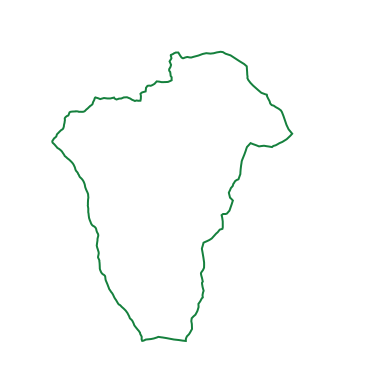 Goenkhame, Gasa, Bhutan, rotated 157°
{"feature_id": "84629894B91389840528768", "entity_name": "Goenkhame", "entity_type": "district", "adm_level": 2, "iso_a3": "BTN", "parent_name": "Bhutan", "parent_adm1": "Gasa", "projection": "equal_earth", "projection_center": [89.685, 27.795], "detail": "fine", "context": "isolated", "style": "outline", "palette": "green", "viewbox_px": 384, "rotation_deg": 157, "n_neighbors": 0, "source": "geoboundaries", "source_scale": "gbopen_adm2", "svg_char_len": 5772}
<svg xmlns="http://www.w3.org/2000/svg" viewBox="0 0 384 384"><g transform="rotate(157 192 192)"><path d="M296.0,74.4L294.6,74.1L292.1,74.2L287.3,72.7L284.4,72.1L281.1,71.8L279.6,71.8L277.0,70.2L276.1,69.7L272.6,67.5L266.3,63.3L262.0,60.9L258.6,58.8L255.9,57.3L254.9,59.4L253.1,61.1L250.4,62.2L248.8,63.3L245.5,65.9L243.7,70.6L243.1,73.4L241.6,75.9L239.3,76.9L236.8,77.7L233.7,80.2L232.8,81.2L230.9,83.5L229.8,86.5L227.2,88.1L224.5,90.3L223.3,90.7L222.6,93.0L221.1,95.2L219.9,96.5L219.4,100.3L218.6,103.7L218.1,104.7L217.1,105.3L216.4,108.9L216.1,111.4L215.7,113.3L215.1,114.2L213.8,115.0L212.3,115.9L210.5,117.6L209.4,120.0L208.4,122.4L207.2,126.9L205.9,132.3L205.1,135.9L204.5,136.7L203.0,138.5L201.2,140.8L199.6,140.9L197.4,140.9L195.3,141.0L194.3,141.1L192.6,141.4L192.0,141.5L186.0,144.3L184.1,144.9L181.2,146.5L178.4,146.2L177.5,147.4L175.2,152.9L174.2,156.7L173.8,159.1L172.0,159.6L169.7,158.6L168.3,158.5L164.8,160.2L160.1,165.4L157.7,168.2L158.7,170.9L159.2,171.9L158.4,176.9L157.8,177.5L156.2,178.9L154.7,180.4L152.2,181.6L150.6,183.5L149.9,183.8L148.2,185.1L147.1,185.4L146.0,185.6L144.9,185.5L144.2,185.6L142.0,188.0L140.5,189.6L139.8,191.1L138.4,193.8L137.2,195.9L136.4,197.3L135.2,199.2L134.2,200.9L133.3,201.9L131.7,203.5L129.1,206.1L126.5,208.9L124.8,210.9L123.7,212.0L122.5,212.5L120.3,213.5L119.0,214.1L117.3,212.4L114.7,210.0L112.5,207.8L111.4,207.5L110.6,207.3L109.2,206.9L108.1,206.6L107.4,206.3L105.9,205.3L103.6,203.9L100.8,202.1L99.1,202.6L96.7,202.3L94.6,202.5L92.4,202.8L89.3,202.8L84.2,203.6L79.6,205.3L77.0,206.5L78.6,212.0L78.8,216.9L78.5,220.8L78.1,226.5L78.0,230.5L78.3,232.4L79.7,234.8L81.8,237.5L83.0,239.5L84.7,240.9L85.4,242.9L85.1,245.2L85.4,248.3L85.5,250.9L85.1,251.9L85.2,252.5L85.9,252.9L89.4,256.2L91.2,259.8L94.2,266.1L95.5,269.5L96.4,273.0L96.5,275.2L95.8,276.5L95.3,278.4L94.3,281.1L93.8,282.6L92.5,286.3L94.0,289.4L97.2,293.9L103.1,302.7L107.1,306.2L108.9,308.7L110.9,309.9L114.6,310.8L118.0,311.3L121.0,312.2L124.6,314.2L128.3,314.9L132.8,315.1L137.6,315.8L140.2,316.1L141.6,316.8L143.5,318.1L144.5,318.3L146.0,318.5L147.6,318.5L148.3,318.8L149.1,319.9L149.6,322.2L150.1,325.7L152.3,326.7L154.5,326.7L155.0,326.5L156.6,326.4L157.9,326.4L158.3,325.8L158.4,324.3L158.7,323.1L159.3,322.6L161.6,321.0L161.6,319.3L161.6,317.2L163.0,315.5L165.0,314.0L165.5,312.9L165.5,311.9L165.2,311.0L165.6,309.4L166.3,307.2L165.9,305.6L167.1,302.8L168.7,302.7L171.0,302.7L172.2,303.1L175.1,304.2L177.2,305.1L179.2,306.5L181.3,307.6L184.3,306.2L186.7,305.9L188.5,305.9L189.9,306.7L191.5,307.1L193.6,305.9L194.3,304.6L195.4,302.7L198.4,303.1L199.6,303.1L201.1,302.5L201.3,301.1L201.6,300.1L202.8,297.6L203.8,296.2L205.9,297.0L207.2,297.9L209.0,298.1L209.5,298.7L211.2,300.4L212.3,302.1L214.8,304.6L217.8,305.7L220.6,305.7L222.8,306.5L224.0,306.5L225.4,306.7L226.8,308.4L226.9,309.4L230.6,310.0L233.4,311.2L236.3,312.9L240.2,313.4L241.8,315.0L244.0,316.8L244.7,316.5L245.2,316.0L245.6,315.4L246.0,315.0L246.8,314.3L247.7,313.6L248.6,312.6L249.0,312.0L249.6,311.6L250.4,311.3L251.3,311.1L252.4,310.9L252.8,310.6L253.4,310.5L254.8,309.9L256.0,309.5L257.1,309.2L258.7,308.5L259.4,308.3L260.5,308.3L261.0,308.5L261.8,308.7L263.0,309.3L264.9,310.1L265.6,310.8L266.5,311.2L267.3,311.7L267.9,311.7L268.8,312.1L270.0,312.5L270.5,312.7L271.8,313.1L272.7,313.3L273.7,313.1L274.4,312.3L275.0,311.7L275.5,311.2L275.9,310.8L276.4,310.7L277.0,310.8L277.5,310.8L278.1,310.6L278.6,310.5L279.2,310.3L280.3,309.6L280.6,308.9L280.8,308.0L281.1,307.5L281.8,306.4L282.3,305.5L282.7,305.0L283.5,303.9L284.0,303.1L284.5,302.1L285.1,301.6L285.5,301.0L286.0,300.6L287.2,300.2L288.2,300.1L288.8,299.9L290.1,299.4L291.3,298.9L292.1,298.5L292.9,298.3L293.6,297.9L294.1,297.5L294.9,296.5L295.3,296.1L296.1,295.8L297.0,295.5L297.9,295.3L298.7,294.8L299.2,294.4L300.4,293.7L301.0,292.8L301.0,291.7L300.1,289.7L299.7,288.5L299.4,287.5L299.1,286.7L298.9,285.9L298.7,285.2L298.2,284.5L297.8,284.0L297.3,283.2L296.9,282.4L296.5,281.7L296.3,281.1L295.9,280.2L295.7,278.8L295.5,277.9L295.3,276.9L295.1,275.6L295.1,274.9L294.3,273.4L294.0,272.8L293.6,271.8L292.4,269.7L291.3,267.1L290.8,265.7L290.5,264.6L290.3,263.3L290.2,260.6L290.3,259.6L290.5,258.4L290.5,257.2L290.3,256.3L289.9,255.2L289.7,254.3L289.7,252.9L289.5,251.9L289.5,250.6L289.4,249.6L288.5,247.6L288.0,246.0L287.9,245.3L287.7,244.2L287.7,242.3L287.8,240.8L288.1,239.5L288.4,238.1L288.5,236.0L288.5,234.5L288.4,232.5L288.5,230.6L289.1,228.9L289.6,227.3L290.1,226.5L290.7,225.5L292.1,222.6L292.8,220.9L293.2,220.3L293.9,217.4L294.8,215.3L295.4,213.9L295.7,212.4L296.2,210.9L296.9,208.3L297.1,205.9L297.1,204.0L297.2,202.3L296.9,200.7L296.4,199.6L295.7,198.8L294.9,197.3L294.7,196.5L294.7,195.4L295.0,193.8L295.1,192.5L295.1,191.6L294.9,190.5L295.0,189.5L295.2,188.7L295.9,187.6L296.5,186.9L297.4,185.6L297.9,184.4L299.5,181.8L300.0,180.9L300.5,180.2L300.8,179.0L301.0,177.8L301.1,176.2L301.3,174.7L301.4,173.4L301.8,172.0L302.7,170.6L303.6,169.4L304.1,168.3L304.0,167.2L304.0,166.6L304.0,165.2L304.4,164.3L304.7,163.1L305.3,161.4L306.2,159.0L306.8,157.5L307.0,156.3L307.0,153.6L306.7,152.2L306.2,151.1L305.5,150.2L305.1,149.4L304.9,148.7L305.0,147.8L305.3,146.9L305.7,145.5L305.9,144.4L305.9,143.2L305.9,141.7L305.9,139.7L306.0,138.2L306.0,136.9L306.1,135.6L306.1,134.8L305.8,133.5L305.5,131.6L305.0,130.0L304.8,128.3L304.7,125.3L304.5,123.8L304.3,123.0L304.1,122.0L304.0,121.1L303.8,119.6L303.6,118.0L303.2,116.9L302.7,116.4L302.2,115.5L301.6,113.8L300.4,111.3L299.4,108.8L298.7,105.8L298.6,104.4L298.4,101.8L298.5,101.1L298.5,99.9L298.1,99.1L297.7,98.2L297.4,97.4L297.2,96.3L297.1,93.9L297.2,91.7L296.8,90.2L296.6,89.4L296.2,88.0L295.6,85.9L295.3,85.2L295.1,84.0L294.8,82.9L295.1,81.7L295.1,81.0L295.0,80.3L294.9,79.3L294.9,78.3L295.8,76.4L296.0,75.8L296.0,74.4Z" fill="none" stroke="#15803d" stroke-width="2"/></g></svg>